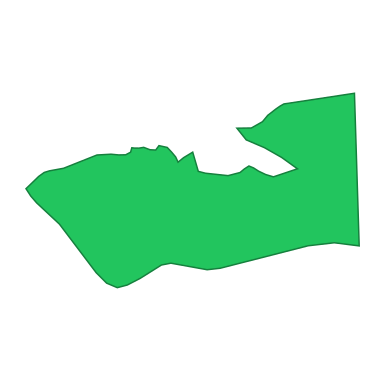 an SVG outline of Compostela Valley, rotated 88°
{"feature_id": "PHL-2592", "entity_name": "Compostela Valley", "entity_type": "Province", "adm_level": 1, "iso_a3": "PHL", "parent_name": "Philippines", "parent_adm1": "", "projection": "natural_earth1", "projection_center": [125.941, 7.522], "detail": "fine", "context": "isolated", "style": "filled", "palette": "green", "viewbox_px": 384, "rotation_deg": 88, "n_neighbors": 0, "source": "natural_earth", "source_scale": "10m", "svg_char_len": 907}
<svg xmlns="http://www.w3.org/2000/svg" viewBox="0 0 384 384"><g transform="rotate(88 192 192)"><path d="M182.9,357.8L171.1,344.7L167.3,339.0L165.9,333.8L163.8,319.5L151.7,285.7L151.4,271.6L152.4,263.9L152.5,257.0L150.1,252.0L145.7,250.6L146.1,248.0L146.3,243.5L145.7,238.7L148.3,232.5L148.8,226.8L144.5,223.4L146.6,215.2L151.4,211.0L156.4,207.1L161.7,204.9L157.4,199.2L152.2,189.9L171.6,185.0L173.7,177.9L176.9,155.4L174.2,143.3L170.8,138.9L168.0,134.2L170.1,129.6L173.5,124.7L177.1,117.8L179.7,110.1L172.5,85.8L160.6,101.2L150.2,118.1L141.8,136.0L129.8,144.9L130.1,130.5L124.2,119.1L118.0,113.6L111.8,105.0L109.3,101.1L107.2,97.1L99.0,26.2L251.7,26.8L247.7,51.6L249.8,77.9L269.2,166.6L270.2,179.6L262.4,215.6L263.9,225.1L276.5,246.8L282.7,259.9L285.0,270.0L280.1,280.5L269.4,290.5L219.5,325.6L197.5,347.6L190.4,353.3L182.9,357.8L182.9,357.8Z" fill="#22c55e" stroke="#15803d" stroke-width="1.5"/></g></svg>